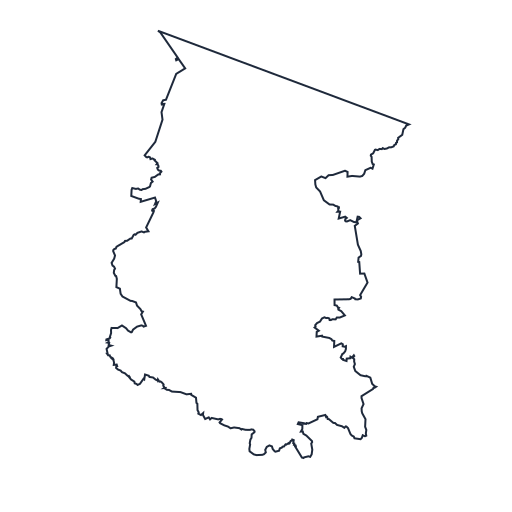 outline of Huichapan, Hidalgo, Mexico, rotated 105°
{"feature_id": "50627088B28469606214618", "entity_name": "Huichapan", "entity_type": "district", "adm_level": 2, "iso_a3": "MEX", "parent_name": "Mexico", "parent_adm1": "Hidalgo", "projection": "natural_earth1", "projection_center": [-99.627, 20.39], "detail": "fine", "context": "isolated", "style": "outline", "palette": "slate", "viewbox_px": 512, "rotation_deg": 105, "n_neighbors": 0, "source": "geoboundaries", "source_scale": "gbopen_adm2", "svg_char_len": 6155}
<svg xmlns="http://www.w3.org/2000/svg" viewBox="0 0 512 512"><g transform="rotate(105 256 256)"><path d="M433.2,150.9L428.5,151.5L422.9,154.1L421.3,153.6L420.3,154.0L416.4,160.9L415.5,164.2L413.4,165.4L414.0,167.2L411.1,166.5L407.4,167.4L407.5,172.1L405.6,171.8L405.1,166.5L405.6,166.4L405.2,164.1L404.3,164.0L404.2,162.0L397.8,154.4L395.3,154.6L391.6,147.9L393.3,146.7L392.0,145.7L392.5,145.9L394.9,144.6L394.7,143.4L397.2,138.1L396.9,136.4L398.2,134.0L398.2,128.9L399.1,126.2L397.4,125.3L397.3,124.6L398.4,122.6L403.5,118.7L404.6,117.1L405.1,114.8L406.6,113.7L405.9,107.6L404.3,106.7L401.5,106.5L401.9,104.1L401.0,103.0L398.9,104.0L395.5,104.4L392.7,106.4L385.3,108.0L380.4,112.7L378.6,113.7L375.8,114.6L371.2,113.8L365.9,117.3L364.1,117.8L354.2,108.6L352.9,108.4L352.6,107.4L351.2,106.2L351.1,107.6L349.4,110.7L343.9,114.1L343.2,118.2L343.6,118.2L343.9,119.6L344.1,124.2L341.4,130.3L337.7,132.9L334.8,132.5L332.5,133.9L330.3,134.4L329.5,135.7L328.4,135.9L327.2,135.2L326.6,135.8L329.3,137.0L328.8,138.7L330.4,138.5L331.6,141.8L334.0,141.4L333.8,145.0L333.0,145.3L333.2,146.4L332.1,147.9L328.2,147.2L327.6,146.4L325.0,145.2L322.5,145.1L319.8,145.8L320.7,146.9L320.8,148.9L318.8,149.3L318.3,151.0L323.6,157.1L317.8,158.4L317.9,160.4L316.8,161.6L316.2,164.0L316.7,171.2L315.9,171.6L318.2,176.7L313.6,177.7L311.9,176.0L309.9,180.9L308.8,180.2L307.5,180.9L305.0,179.7L302.8,177.2L299.3,176.1L297.5,174.0L297.8,172.2L297.2,170.6L297.4,169.0L298.8,168.3L298.5,167.1L297.3,165.8L296.6,162.7L294.5,162.0L293.8,159.2L290.4,154.8L287.2,159.4L286.5,162.5L285.8,162.9L284.6,162.4L284.4,163.6L283.0,165.1L283.1,167.4L277.7,168.9L273.7,154.9L272.9,153.5L271.0,152.9L271.5,149.4L272.1,148.9L271.6,146.4L269.9,143.8L268.2,143.9L266.8,145.3L252.8,141.4L244.9,146.8L246.1,150.9L235.1,154.7L235.2,155.8L231.0,156.5L228.7,154.6L227.1,154.7L224.1,156.1L218.7,160.5L201.3,168.4L198.2,166.0L196.7,167.1L195.1,167.4L192.5,164.8L191.5,166.5L191.7,168.0L197.0,167.8L197.6,168.4L197.8,170.3L197.0,174.3L199.1,177.1L199.3,178.3L198.8,179.1L197.2,179.3L195.7,178.2L194.9,180.0L198.4,185.8L191.5,186.2L192.2,188.8L190.6,188.1L189.1,188.9L188.1,188.3L187.4,188.6L187.6,189.4L187.0,190.0L187.1,192.3L186.4,194.7L187.2,198.3L184.6,204.9L177.1,210.8L174.2,215.6L171.5,217.2L167.4,218.6L162.3,213.5L162.8,209.0L159.2,206.8L157.8,202.7L150.6,192.1L151.1,189.3L155.7,188.2L153.8,183.9L152.4,176.1L151.2,174.1L148.6,172.8L144.8,172.6L141.1,168.1L141.5,166.1L137.1,165.9L137.0,167.1L134.9,168.6L130.3,170.0L129.4,171.1L128.3,171.2L126.5,169.4L122.7,168.6L122.3,168.2L122.2,165.8L120.6,164.4L120.2,162.1L119.0,161.5L119.4,159.7L118.3,157.4L116.6,155.6L116.0,153.5L114.5,151.4L112.9,151.1L111.9,149.8L110.5,150.0L109.7,149.2L108.0,149.6L106.4,148.8L105.1,149.3L101.1,146.1L95.3,146.4L93.5,145.1L91.2,144.7L89.3,142.3L63.8,409.0L64.8,406.3L84.6,383.0L86.5,384.4L87.6,383.7L85.8,381.7L93.1,373.0L100.7,380.2L128.4,383.4L129.6,386.0L132.8,386.8L134.1,386.2L133.9,385.6L133.2,385.3L132.8,383.9L141.5,384.5L148.5,381.6L160.2,382.2L171.8,382.8L187.6,389.6L188.9,387.5L188.9,386.6L187.9,385.4L188.2,383.8L189.7,383.0L188.6,381.2L189.2,378.7L189.8,378.8L191.8,375.2L193.1,375.7L192.9,374.8L194.0,373.7L195.2,373.2L196.5,374.2L198.0,373.1L198.6,371.7L198.3,370.0L199.0,369.2L201.1,370.3L202.0,369.9L202.6,371.6L205.8,374.2L207.4,377.1L209.3,377.1L210.9,375.1L212.7,376.4L216.2,376.4L217.0,376.9L219.7,380.1L220.8,382.8L221.9,383.7L222.0,385.4L221.3,387.3L222.3,389.4L222.4,393.1L224.3,393.3L230.3,392.0L231.0,384.2L230.8,381.9L233.5,381.4L225.7,368.7L228.9,366.6L232.0,367.0L229.8,364.7L234.4,365.4L236.3,366.2L237.3,367.7L238.0,367.2L238.7,368.2L239.2,367.9L239.1,366.3L240.6,366.4L256.9,369.5L260.0,366.3L261.4,369.6L262.2,370.3L261.9,372.9L264.3,376.5L266.6,377.8L266.4,378.7L267.2,379.6L271.3,380.6L271.6,381.8L274.7,384.5L275.3,386.4L276.6,386.7L283.1,393.1L285.2,393.4L285.8,394.6L287.3,395.4L288.3,395.2L292.0,392.3L295.3,392.3L300.0,393.7L302.4,392.1L303.0,390.4L304.7,388.9L306.2,389.4L309.1,389.0L311.6,386.7L311.6,385.9L314.1,384.5L322.2,382.8L322.8,379.0L327.5,377.0L329.7,374.5L331.8,365.6L331.5,364.0L331.9,359.9L334.7,358.1L337.2,353.9L339.0,352.2L339.0,350.9L342.1,351.8L351.9,344.2L353.3,346.3L352.7,347.3L352.7,348.8L355.0,352.6L358.9,355.7L361.7,356.3L362.1,356.9L361.2,360.3L359.4,362.8L357.8,367.5L361.4,371.0L362.9,376.9L365.0,376.9L368.0,376.0L372.1,376.2L372.5,375.7L373.4,376.0L375.3,378.9L376.0,378.8L375.0,376.8L377.2,376.0L378.1,376.9L378.0,375.3L380.1,375.3L380.1,372.7L381.5,374.8L384.4,376.3L389.0,373.9L389.1,374.4L390.2,373.1L389.8,371.6L391.0,370.8L391.9,367.8L392.3,367.4L392.6,368.2L393.3,366.8L395.8,365.5L398.0,365.2L396.9,362.5L398.2,361.7L398.4,362.4L400.3,362.2L401.4,359.9L401.7,357.1L402.9,355.4L403.2,352.3L404.9,349.1L405.3,347.8L404.9,347.6L405.6,346.7L406.0,347.0L407.6,344.8L408.8,341.0L410.4,340.2L410.5,338.3L411.2,337.0L409.5,335.0L403.7,332.9L404.1,332.0L399.2,332.5L399.4,328.6L400.4,327.6L400.0,324.0L401.4,320.9L401.7,319.1L401.0,319.0L401.8,318.5L401.1,318.2L402.4,316.8L401.9,315.8L402.5,314.2L404.0,312.0L405.3,312.0L406.8,310.2L407.4,310.7L407.0,309.5L407.6,309.7L408.3,307.4L407.9,305.4L408.7,302.1L407.0,293.7L407.6,287.3L405.9,283.0L406.9,282.6L408.4,277.3L413.3,275.5L413.9,274.4L420.0,272.6L421.8,270.9L423.2,270.9L423.9,268.0L421.4,266.4L423.3,266.1L426.6,262.9L424.1,259.9L425.7,258.1L423.9,256.9L423.6,250.2L422.6,248.6L422.5,247.1L422.7,246.5L426.2,248.1L426.8,247.4L427.8,242.8L428.0,239.0L429.0,236.0L427.3,232.8L426.6,227.4L427.4,225.2L426.7,224.8L426.6,221.1L425.5,216.8L424.7,215.6L424.5,213.7L425.7,212.0L426.6,211.9L429.4,214.0L432.8,213.3L434.8,213.9L438.5,213.6L439.5,212.9L444.1,212.5L446.3,211.6L448.2,206.8L448.2,204.0L446.4,198.4L445.4,197.0L443.2,195.7L440.9,196.9L437.6,196.2L435.5,194.0L435.8,191.3L438.1,189.9L439.8,187.4L440.0,186.6L438.1,183.3L435.6,183.2L434.5,181.5L433.3,181.0L432.8,179.7L430.3,178.7L430.4,178.0L428.3,176.1L428.8,175.8L428.5,175.2L425.6,174.6L425.0,173.6L423.9,173.5L424.1,171.9L427.1,171.6L427.2,170.5L428.6,170.5L428.6,169.1L429.7,169.0L429.6,168.2L430.6,168.1L438.8,159.5L438.8,157.8L438.1,157.5L435.9,153.5L436.0,151.7L433.2,150.9Z" fill="none" stroke="#1e293b" stroke-width="2"/></g></svg>